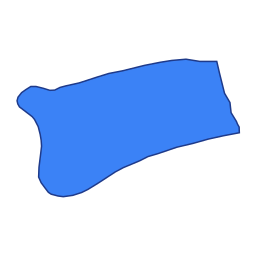 Dilong, Kayangel, Palau (Robinson projection), rotated 271°
{"feature_id": "81905179B74113200519778", "entity_name": "Dilong", "entity_type": "district", "adm_level": 2, "iso_a3": "PLW", "parent_name": "Palau", "parent_adm1": "Kayangel", "projection": "robinson", "projection_center": [134.717, 8.088], "detail": "fine", "context": "isolated", "style": "filled", "palette": "blue", "viewbox_px": 256, "rotation_deg": 271, "n_neighbors": 0, "source": "geoboundaries", "source_scale": "gbopen_adm2", "svg_char_len": 841}
<svg xmlns="http://www.w3.org/2000/svg" viewBox="0 0 256 256"><g transform="rotate(271 128 128)"><path d="M196.1,215.6L195.8,198.8L197.8,184.8L196.3,170.6L194.3,159.2L190.9,143.4L185.0,121.2L182.2,107.9L178.5,96.6L172.2,78.3L169.1,65.4L167.4,59.4L164.6,54.0L164.3,49.2L166.2,42.7L167.9,35.3L167.8,30.1L164.6,25.2L161.5,21.0L156.9,17.5L153.3,16.6L150.1,17.4L147.2,19.1L137.7,32.0L134.9,34.4L127.8,38.2L120.1,40.3L114.1,41.4L108.3,41.9L100.4,41.1L87.2,39.7L77.4,39.5L71.8,42.1L66.6,46.1L62.3,49.5L60.5,52.3L58.8,59.2L58.2,64.5L59.7,74.0L62.7,82.8L65.9,89.0L72.7,99.6L83.9,116.1L88.3,124.0L95.6,140.6L99.8,148.5L102.8,158.1L109.6,177.0L113.9,193.8L118.3,208.4L121.9,223.5L125.2,239.4L130.9,239.1L133.8,237.4L136.4,236.3L145.1,230.8L155.2,229.5L164.4,223.9L184.5,218.5L196.1,215.6Z" fill="#3b82f6" stroke="#1e3a8a" stroke-width="1.5"/></g></svg>